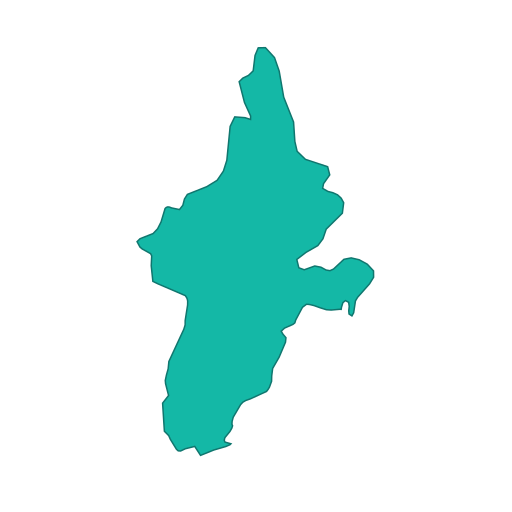 SVG path tracing the border of Andijon, rotated 281°
{"feature_id": "UZB-363", "entity_name": "Andijon", "entity_type": "Region", "adm_level": 1, "iso_a3": "UZB", "parent_name": "Uzbekistan", "parent_adm1": "", "projection": "orthographic", "projection_center": [72.284, 40.729], "detail": "fine", "context": "isolated", "style": "filled", "palette": "teal", "viewbox_px": 512, "rotation_deg": 281, "n_neighbors": 0, "source": "natural_earth", "source_scale": "10m", "svg_char_len": 2020}
<svg xmlns="http://www.w3.org/2000/svg" viewBox="0 0 512 512"><g transform="rotate(281 256 256)"><path d="M247.4,136.5L250.9,138.9L258.4,150.7L263.9,154.2L271.3,156.3L285.3,157.7L286.6,158.7L287.4,160.1L287.5,161.9L287.1,164.0L287.0,172.0L291.8,174.5L298.3,174.9L303.4,176.9L314.7,194.5L322.9,203.4L333.1,207.8L344.4,209.1L378.3,205.9L388.5,208.6L389.7,218.8L389.0,224.6L392.4,224.0L404.5,215.4L423.9,206.2L428.1,209.1L431.8,214.1L437.2,217.9L452.7,216.8L458.6,218.0L460.8,218.5L462.3,225.5L454.3,236.3L441.9,243.5L417.2,252.9L394.7,267.3L375.8,272.3L366.6,276.4L360.3,286.1L357.3,309.3L349.7,312.9L339.9,308.5L335.1,308.5L333.1,314.3L332.8,319.4L331.6,324.4L329.0,328.6L325.0,331.9L314.5,332.6L295.8,319.8L285.6,318.4L278.0,314.7L269.2,304.5L260.4,296.7L252.6,300.3L251.7,306.0L257.4,315.6L257.4,321.9L255.6,327.5L255.7,331.4L258.0,334.6L269.5,342.9L270.7,345.8L272.3,349.8L272.0,358.0L269.2,366.8L263.8,374.2L257.6,375.5L250.4,372.8L234.8,363.6L230.9,362.2L218.9,362.7L215.5,361.6L216.8,358.4L219.9,357.5L224.4,357.1L228.2,355.8L229.3,352.3L229.2,352.2L226.8,350.2L222.0,349.7L219.9,349.8L219.9,349.7L219.6,348.1L217.3,340.1L216.7,335.3L217.4,329.0L218.4,322.5L218.6,318.4L218.5,316.5L218.2,314.7L214.5,311.4L200.8,307.2L197.8,306.9L195.9,305.3L190.7,297.8L187.0,295.1L184.4,297.4L181.5,301.0L177.0,301.4L161.1,298.0L148.8,293.8L141.3,294.3L136.0,295.2L129.7,294.2L127.3,293.3L125.1,292.2L114.6,277.6L112.2,273.5L110.0,271.0L107.1,269.2L93.4,264.4L89.1,264.1L86.2,264.5L84.9,265.4L82.3,265.1L78.8,263.9L71.7,260.1L69.0,260.0L67.4,261.1L66.9,267.2L65.8,266.5L63.2,262.7L57.5,251.6L49.7,239.6L57.4,232.2L53.3,223.4L50.2,219.2L49.9,216.8L51.1,214.8L59.7,206.9L63.0,204.6L66.5,199.5L93.7,192.4L102.4,196.8L113.4,191.6L116.5,190.7L122.2,190.8L128.5,191.3L135.8,190.6L170.2,199.1L174.8,199.6L179.1,198.8L194.9,198.2L198.8,197.5L200.4,196.8L201.6,196.1L203.6,194.2L209.9,165.3L211.4,159.6L226.5,155.0L236.2,153.6L238.2,152.1L241.2,142.9L242.6,140.4L247.4,136.5Z" fill="#14b8a6" stroke="#0f766e" stroke-width="1.5"/></g></svg>